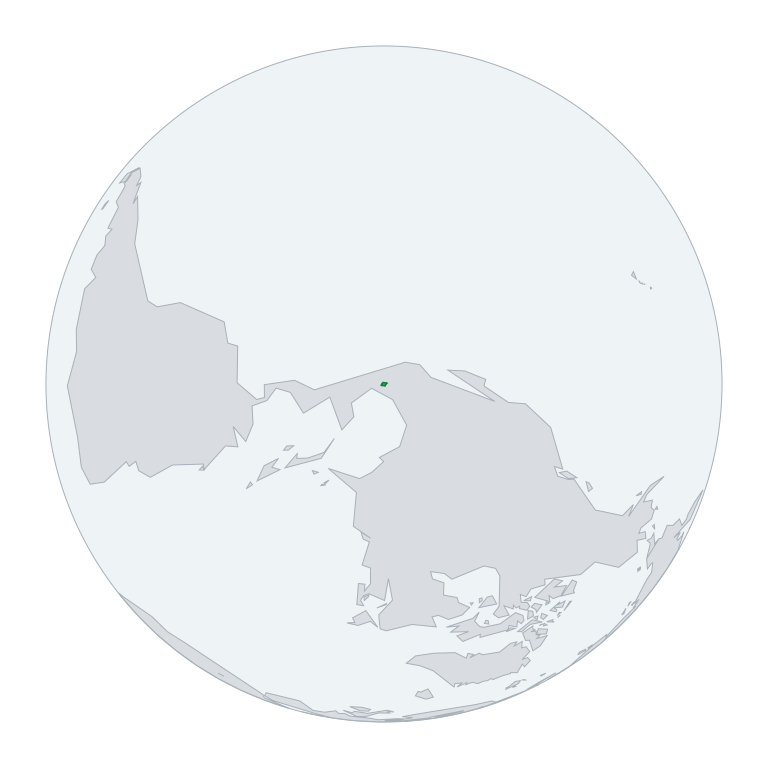 Tlaxcala on an orthographic globe, rotated 146°
{"feature_id": "MEX-2726", "entity_name": "Tlaxcala", "entity_type": "State", "adm_level": 1, "iso_a3": "MEX", "parent_name": "Mexico", "parent_adm1": "", "projection": "orthographic", "projection_center": [-98.173, 19.419], "detail": "coarse", "context": "on_globe", "style": "filled", "palette": "green", "viewbox_px": 768, "rotation_deg": 146, "n_neighbors": 0, "source": "natural_earth", "source_scale": "10m", "svg_char_len": 9494}
<svg xmlns="http://www.w3.org/2000/svg" viewBox="0 0 768 768"><g transform="rotate(146 384 384)"><circle cx="384" cy="384" r="338" fill="#eef3f6" stroke="#a8b0b8"/><path d="M62.6,487.6L63.4,490.0L62.6,487.6ZM498.3,442.4L490.6,439.7L483.6,450.4L456.1,437.1L445.0,418.1L354.2,390.2L343.5,380.0L341.4,363.3L301.9,307.6L323.3,359.8L309.7,349.6L297.1,330.9L302.2,326.5L291.2,299.2L277.8,288.5L270.1,254.7L283.4,213.5L288.9,220.2L291.5,210.5L284.7,201.9L279.7,198.8L279.3,161.4L260.0,141.5L244.7,144.6L255.3,137.4L219.9,151.0L203.5,150.8L227.8,145.5L234.7,141.0L226.4,137.6L231.6,132.4L230.7,128.1L237.7,122.5L251.4,121.0L256.2,117.7L250.0,115.6L253.2,109.5L261.6,112.9L268.0,102.9L292.0,100.8L308.5,118.4L327.6,116.1L359.9,132.3L362.7,127.4L376.6,131.9L385.1,128.3L388.7,133.3L392.3,126.4L387.4,122.6L387.4,118.5L391.9,116.4L397.3,122.0L395.8,123.9L399.7,124.5L400.4,128.4L402.6,125.3L408.6,133.0L409.5,122.5L419.8,126.2L422.0,132.2L412.9,135.3L395.3,160.0L394.6,168.8L402.8,177.2L436.9,184.2L439.9,193.1L450.3,202.4L452.8,195.3L445.5,185.7L452.7,175.7L442.9,166.2L444.4,161.1L437.9,150.8L448.4,148.8L462.2,152.8L468.2,161.7L474.4,164.1L476.5,153.4L495.1,168.9L520.3,178.2L524.1,183.2L517.5,195.5L497.8,200.1L489.2,220.1L504.6,204.1L513.7,218.5L519.3,220.0L524.4,217.9L524.8,211.5L529.9,216.3L516.7,232.9L511.8,228.7L516.1,223.2L506.9,226.0L498.1,239.0L503.4,246.2L484.4,261.3L488.0,267.0L485.8,274.1L481.4,263.7L489.0,283.2L467.5,309.5L477.4,345.1L457.1,319.2L443.5,317.6L427.6,319.9L429.0,325.7L406.1,323.3L388.2,337.2L385.6,366.2L396.7,387.4L421.7,386.5L427.3,373.7L444.6,369.5L436.2,403.4L467.1,404.9L466.3,429.4L475.8,440.9L490.3,435.8L505.6,439.6L515.0,424.0L530.8,413.6L532.8,433.1L540.3,413.6L550.0,421.3L580.5,413.7L578.6,418.7L604.6,435.1L629.9,437.3L635.8,449.2L633.0,458.7L641.2,458.2L641.2,463.7L670.8,459.1L683.6,465.2L681.5,484.1L667.6,511.6L647.6,559.5L620.6,582.9L608.7,601.2L579.0,630.3L563.3,633.5L562.6,642.8L549.7,651.5L538.1,654.8L531.8,662.3L523.0,664.4L525.7,667.6L505.4,679.0L504.1,684.8L487.8,692.9L487.3,695.7L483.3,696.4L477.6,698.4L475.1,700.3L465.6,699.2L469.6,691.8L478.0,686.9L472.9,687.0L491.3,673.8L483.5,677.1L496.0,657.9L512.3,639.6L533.3,585.1L529.0,574.9L507.3,565.3L481.8,524.9L490.6,505.3L484.1,497.2L505.1,467.2L498.3,442.4ZM114.3,337.8L116.1,329.9L118.0,335.8L114.3,337.8ZM115.2,324.6L115.0,327.4L114.8,324.9L115.2,324.6ZM113.8,322.5L114.8,324.0L113.3,323.0L113.8,322.5ZM111.5,320.6L112.8,321.3L112.6,321.5L111.5,320.6ZM477.7,357.5L512.9,369.8L494.9,374.8L497.9,371.1L488.6,365.2L471.9,360.8L455.6,366.6L477.7,357.5ZM109.0,315.3L108.4,313.8L109.9,313.6L109.0,315.3ZM489.1,335.6L483.2,335.1L488.7,334.1L489.1,335.6ZM276.5,198.5L284.0,202.4L288.2,212.5L281.3,209.7L276.5,198.5ZM269.5,180.9L274.5,180.6L271.1,190.0L269.3,187.2L269.5,180.9ZM232.4,148.7L237.5,150.4L230.8,150.7L232.4,148.7ZM229.3,128.5L226.2,129.9L227.0,127.2L229.3,128.5ZM432.5,152.8L435.1,151.8L435.0,154.2L432.5,152.8ZM427.2,149.4L425.1,152.8L422.3,151.8L423.6,149.7L427.2,149.4ZM238.5,116.4L240.8,112.1L240.8,116.1L238.5,116.4ZM430.4,145.5L417.5,149.6L412.6,147.8L413.6,138.6L430.4,145.5ZM243.7,109.5L249.0,100.1L242.5,102.0L263.9,92.3L252.3,102.9L253.4,107.2L248.7,106.7L243.7,109.5ZM383.9,122.4L389.3,126.3L380.6,125.2L383.9,122.4ZM378.3,122.8L351.7,127.1L346.0,121.0L356.1,120.4L345.3,114.8L355.6,109.6L363.8,111.5L365.5,116.3L368.2,110.8L378.3,122.8ZM274.9,88.9L278.2,86.8L277.3,88.8L274.9,88.9ZM386.7,116.8L381.8,117.9L376.5,112.6L385.3,109.4L384.2,112.1L386.7,116.8ZM337.4,116.2L335.0,112.1L342.7,106.6L342.8,104.4L355.4,109.0L337.4,116.2ZM387.7,112.3L389.9,108.1L396.5,108.8L391.1,115.4L387.7,112.3ZM371.4,112.7L369.3,110.1L373.4,110.4L371.4,112.7ZM421.3,110.3L415.5,111.1L412.3,108.2L421.3,110.3ZM390.3,106.5L388.0,106.3L386.1,105.5L388.9,103.1L390.3,106.5ZM359.9,105.1L363.6,103.9L355.2,102.9L360.6,99.2L368.0,103.2L367.1,100.0L368.7,98.9L372.9,103.4L359.9,105.1ZM385.9,98.2L397.1,102.9L408.4,101.7L411.7,104.0L392.9,105.6L385.9,98.2ZM377.9,100.8L383.6,99.6L384.7,102.8L381.5,105.6L377.9,100.8ZM361.6,95.5L351.4,100.0L350.1,99.1L361.6,95.5ZM388.9,97.1L386.2,96.1L389.6,96.7L388.9,97.1ZM369.8,95.2L366.3,96.7L365.0,95.6L369.8,95.2ZM383.5,93.0L387.1,94.3L385.1,96.1L383.5,93.0ZM377.0,93.4L376.0,91.5L382.1,95.9L375.7,94.3L377.0,93.4ZM369.1,93.8L367.1,93.7L370.7,93.3L369.1,93.8ZM389.2,86.0L397.4,91.1L392.9,94.8L385.5,89.2L389.2,86.0ZM479.5,701.9L465.4,700.2L474.2,700.8L485.1,696.6L490.7,698.5L479.5,701.9ZM509.5,690.1L519.3,686.4L520.3,686.8L513.7,689.5L509.5,690.1ZM617.2,139.4L614.9,137.6L626.1,150.3L653.5,184.2L657.2,192.5L654.3,193.9L631.0,168.3L625.3,153.0L616.9,145.2L606.7,140.0L605.8,136.3L600.9,132.8L597.7,127.5L581.8,114.1L576.8,109.0L559.7,98.8L554.8,95.2L566.4,102.0L571.6,104.5L557.8,94.3L552.0,90.8L542.0,85.4L539.5,84.0L531.6,80.2L518.3,73.9L527.8,79.0L516.4,74.4L502.5,68.8L500.4,68.6L523.0,78.1L530.5,81.3L534.2,82.4L556.1,93.9L563.2,98.8L546.8,91.3L555.0,98.0L538.6,90.7L487.5,67.1L471.8,60.9L468.6,57.0L478.5,59.7L484.6,62.0L489.0,62.8L483.8,61.2L481.7,60.5L506.7,69.1L530.8,79.6L554.1,92.0L576.4,106.2L597.4,122.0L617.2,139.4ZM481.5,60.5L470.2,57.3L468.2,56.7L460.6,55.2L456.9,54.1L461.7,55.1L441.4,51.0L437.1,50.3L481.5,60.5ZM426.7,48.8L426.2,48.7L423.4,48.4L426.7,48.8ZM413.9,47.4L412.7,47.4L404.3,47.1L400.2,46.6L402.7,46.7L402.3,46.6L413.9,47.4ZM400.0,46.5L400.3,46.5L396.4,46.6L394.4,46.3L394.9,46.4L391.6,46.3L384.6,46.2L386.2,46.6L356.4,50.5L339.8,51.8L341.4,50.2L316.2,55.9L299.5,59.0L302.8,58.9L293.0,62.9L298.1,61.9L298.9,62.2L276.0,74.7L267.4,78.2L261.3,85.5L263.0,85.7L269.0,83.4L263.9,92.3L242.5,102.0L239.8,100.8L228.3,108.5L223.6,105.2L214.5,106.9L216.1,100.2L208.7,102.9L205.1,105.8L192.3,112.5L178.7,117.9L205.9,100.5L229.5,94.6L221.3,95.3L228.0,91.7L228.0,90.1L221.8,91.6L218.1,93.8L232.9,82.1L230.3,83.1L253.0,72.5L276.5,63.6L300.5,56.6L325.0,51.3L349.9,47.8L374.9,46.2L400.0,46.5ZM720.7,355.1L720.9,359.4L718.9,352.8L706.4,320.8L702.1,299.8L693.9,281.2L658.0,194.2L658.7,190.8L644.1,168.2L659.7,188.6L673.7,210.0L686.1,232.5L696.7,255.8L705.5,279.9L712.5,304.6L717.5,329.7L720.7,355.1ZM680.0,231.1L683.3,236.9L680.0,231.1ZM581.4,413.2L585.3,416.1L580.6,417.4L581.4,413.2ZM493.4,383.3L500.3,382.7L504.3,385.3L499.2,387.0L493.4,383.3ZM549.4,374.0L556.8,374.2L549.5,377.4L549.4,374.0ZM518.2,371.2L543.4,374.6L529.1,383.3L513.0,381.3L523.5,377.8L518.2,371.2ZM487.9,347.6L492.5,348.4L491.8,352.3L487.9,347.6ZM493.1,335.0L491.5,335.6L488.8,332.9L493.1,335.0ZM514.4,217.5L515.7,216.3L521.4,215.5L519.7,218.6L514.4,217.5ZM540.6,198.4L548.3,206.7L541.6,202.5L540.8,207.7L525.8,206.3L525.2,185.7L528.1,194.9L540.6,198.4ZM505.6,199.9L515.2,202.3L504.7,200.6L505.6,199.9ZM577.2,121.8L579.8,121.5L586.5,126.4L592.8,135.7L583.1,128.3L577.2,121.8ZM581.9,120.2L563.8,111.8L559.2,106.6L564.8,110.7L563.6,108.2L572.4,114.3L585.6,118.7L592.4,123.6L600.3,136.3L594.0,129.0L591.8,129.4L581.9,120.2ZM525.9,108.0L518.0,106.6L518.2,96.8L525.5,99.3L532.3,107.9L527.6,110.1L525.9,108.0ZM434.6,129.4L431.5,131.2L430.0,129.4L431.4,126.4L434.6,129.4ZM418.8,110.9L446.2,120.2L444.1,122.6L462.6,126.5L464.4,134.4L452.3,131.4L467.5,141.0L457.4,141.5L468.3,147.6L441.3,140.0L432.7,141.6L441.6,136.7L440.2,129.2L437.1,126.4L421.7,120.2L402.7,120.9L398.3,114.4L400.2,109.7L404.2,108.6L405.8,112.9L409.8,108.3L415.2,113.8L418.8,110.9ZM425.7,71.0L426.0,74.4L435.0,70.2L440.4,73.9L441.1,73.2L448.6,75.8L458.9,78.0L460.0,80.0L463.5,80.1L468.5,82.2L473.7,83.1L477.6,87.3L484.3,89.0L482.3,90.1L492.8,92.0L486.7,92.6L492.6,96.0L495.4,93.6L503.5,118.6L511.6,130.2L521.6,140.0L509.9,140.9L493.0,132.8L475.3,121.5L469.2,110.8L465.0,113.7L460.9,109.6L465.9,109.0L455.6,107.6L453.6,104.3L437.9,97.1L424.3,98.2L418.2,96.0L422.5,94.0L413.4,93.3L417.4,88.2L413.1,86.7L412.8,80.7L423.5,78.3L417.9,76.9L417.4,72.9L425.7,71.0ZM389.5,84.2L401.0,79.5L409.7,79.6L406.7,90.2L410.0,92.3L408.4,100.1L395.9,100.1L397.5,97.8L396.2,95.6L400.6,96.4L396.1,94.1L398.1,91.0L395.2,88.6L399.7,87.6L389.5,84.2ZM634.9,157.7L635.1,157.8L628.9,151.3L626.6,148.8L628.9,151.2L634.9,157.7ZM619.6,141.8L625.9,148.1L623.5,145.8L619.6,141.8ZM563.6,99.8L560.4,97.5L562.4,98.4L566.7,101.1L563.6,99.8ZM453.7,62.8L452.5,63.8L450.2,63.3L441.5,64.0L436.8,61.8L440.2,60.5L453.7,62.8ZM447.2,60.5L444.2,60.9L443.7,59.6L447.2,60.5ZM433.0,60.4L431.5,58.8L435.3,61.7L433.0,60.4ZM403.0,48.5L420.2,49.3L429.5,49.8L429.9,49.4L436.8,50.9L422.4,50.1L403.0,48.5ZM362.6,50.0L362.4,51.3L357.6,51.3L357.0,51.0L362.6,50.0ZM365.9,50.4L374.8,51.2L371.5,52.4L365.1,51.4L365.9,50.4ZM411.6,53.8L417.0,54.0L417.2,54.9L411.6,53.8ZM64.8,494.9L65.1,495.8L65.0,495.6L64.8,494.9ZM63.4,490.1L62.5,487.9L62.6,487.6L63.4,490.1ZM211.7,93.3L212.1,93.1L210.3,94.2L211.7,93.3ZM275.3,86.9L278.0,86.8L274.2,88.2L275.3,86.9ZM302.0,61.6L302.4,62.4L298.0,63.5L302.0,61.6ZM301.4,65.4L306.1,63.4L302.8,65.6L301.4,65.4ZM316.2,59.5L308.8,62.8L313.5,59.5L316.2,59.5Z" fill="#d9dde1" stroke="#a8b0b8" stroke-width="1"/><path d="M383.6,382.2L383.9,382.5L384.4,382.5L384.6,382.5L384.6,382.2L384.8,382.4L384.8,382.7L385.1,382.8L385.3,383.0L385.8,383.3L385.6,383.5L385.8,383.9L386.1,383.8L386.3,383.8L386.7,384.2L387.1,384.3L387.1,384.6L386.8,384.8L386.6,384.8L386.5,384.7L386.2,384.7L385.9,384.6L385.6,384.9L385.8,385.2L385.8,385.3L385.5,385.5L384.7,385.2L384.4,385.7L383.9,385.8L383.6,385.5L383.1,385.1L382.8,384.7L382.6,384.4L382.4,383.9L382.2,383.8L381.9,383.9L381.4,383.7L381.4,383.4L381.1,383.3L381.0,383.0L381.4,383.0L381.4,382.9L381.8,382.7L382.0,382.8L382.3,382.7L382.4,382.8L383.0,383.0L383.6,382.2Z" fill="#22c55e" stroke="#15803d" stroke-width="1.5"/></g></svg>